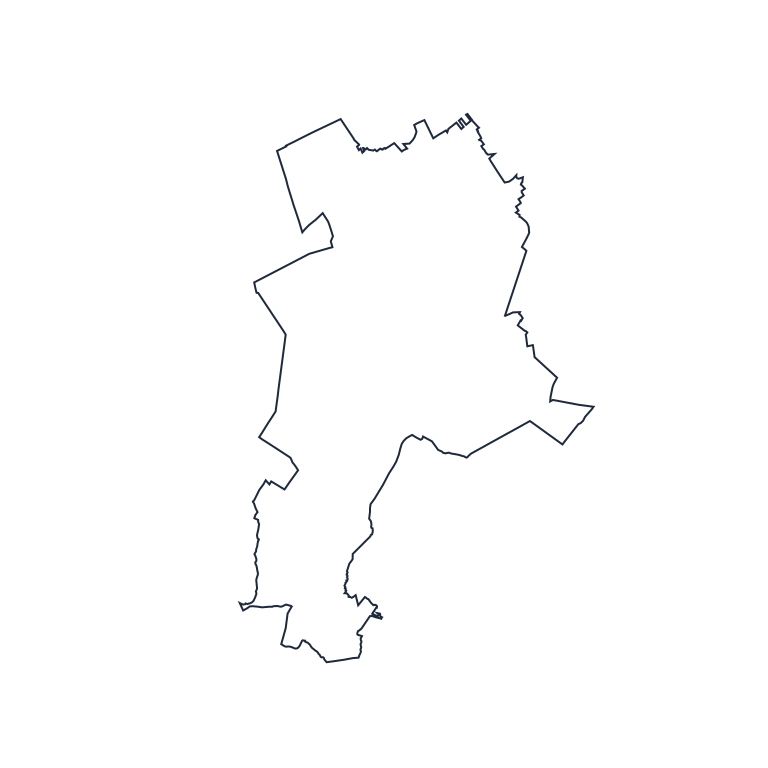 outline of Tolcayuca, Hidalgo, Mexico, rotated 206°
{"feature_id": "50627088B94352894601909", "entity_name": "Tolcayuca", "entity_type": "district", "adm_level": 2, "iso_a3": "MEX", "parent_name": "Mexico", "parent_adm1": "Hidalgo", "projection": "robinson", "projection_center": [-98.927, 19.964], "detail": "fine", "context": "isolated", "style": "outline", "palette": "slate", "viewbox_px": 768, "rotation_deg": 206, "n_neighbors": 0, "source": "geoboundaries", "source_scale": "gbopen_adm2", "svg_char_len": 6142}
<svg xmlns="http://www.w3.org/2000/svg" viewBox="0 0 768 768"><g transform="rotate(206 384 384)"><path d="M420.8,660.0L427.4,663.3L428.3,662.0L421.4,658.6L423.8,653.0L430.9,656.5L432.1,653.5L425.1,650.0L426.3,647.1L433.5,650.7L437.9,641.6L437.5,637.9L439.5,639.0L444.1,632.1L447.4,626.4L463.4,638.9L467.2,634.4L469.1,632.0L470.4,630.0L465.5,625.2L465.1,623.2L464.7,619.2L465.1,615.8L466.4,611.3L471.8,608.2L466.4,605.7L468.7,603.1L469.9,600.8L480.4,605.0L484.0,599.0L485.9,596.0L486.6,596.5L487.2,596.1L487.8,595.1L487.8,594.7L488.0,594.1L488.5,593.8L489.4,593.9L489.7,593.8L490.0,594.0L490.3,594.0L490.6,593.9L491.8,591.3L492.1,590.8L492.4,590.1L493.2,590.1L495.0,590.7L496.0,589.1L500.5,587.8L502.7,588.6L503.2,586.8L506.0,587.1L506.3,586.9L503.9,584.7L504.8,582.4L508.1,585.3L508.3,585.4L509.1,583.2L512.3,585.5L511.2,588.1L511.3,588.3L518.2,590.5L518.7,591.2L539.1,603.1L557.8,579.7L566.1,568.9L570.5,563.0L576.6,555.2L576.0,554.7L582.3,546.6L561.8,525.1L557.0,519.4L543.8,505.3L531.8,493.1L523.9,484.5L523.0,488.1L521.0,494.1L518.6,499.2L517.6,501.1L514.0,510.7L505.5,505.5L503.2,503.4L497.6,497.6L494.6,494.3L494.4,489.0L490.3,484.3L492.5,482.5L508.3,468.2L545.2,418.4L541.8,414.0L538.9,410.5L538.5,410.1L537.0,410.7L497.3,387.4L494.0,385.3L476.7,333.5L474.5,327.3L469.4,311.8L470.3,303.8L471.1,297.8L472.3,286.1L472.9,281.5L469.1,280.8L461.8,280.0L436.9,276.9L435.4,276.5L431.6,273.2L430.3,272.7L427.2,271.1L423.4,268.8L426.1,252.9L427.1,245.9L427.2,245.6L442.7,247.0L443.0,243.5L448.1,245.6L448.4,240.9L449.6,234.2L449.7,223.1L449.8,222.4L450.3,220.9L450.1,220.6L448.5,219.7L445.0,216.1L441.5,213.4L442.2,209.7L441.7,206.5L437.6,206.7L436.4,204.6L435.0,203.5L434.5,202.5L434.4,201.8L433.4,198.8L431.9,192.5L430.9,191.0L429.8,189.7L428.4,189.5L428.2,188.9L428.4,187.7L428.0,186.2L426.8,182.5L426.3,179.0L425.6,177.4L425.9,175.1L425.8,174.2L424.7,173.5L422.4,171.2L421.5,169.9L421.2,168.6L421.5,167.3L420.6,165.9L419.5,165.2L418.3,163.9L416.9,162.0L415.6,160.1L414.5,159.0L413.7,156.8L413.5,154.6L412.8,151.5L411.7,149.9L408.4,144.5L408.2,141.4L407.4,140.5L406.7,139.4L406.3,136.0L406.2,132.0L406.9,129.9L408.2,128.2L409.3,127.4L410.1,126.4L412.2,126.1L412.3,125.2L413.6,124.2L414.5,123.9L417.6,123.9L411.3,118.7L408.7,122.4L407.2,125.2L404.9,126.6L400.2,128.4L395.7,129.8L391.7,132.2L388.8,133.9L386.9,134.7L385.8,136.0L384.3,136.7L382.6,137.7L379.3,138.5L377.9,139.6L376.4,141.6L375.4,142.8L370.2,143.8L369.4,143.6L370.0,135.4L365.3,121.4L362.3,105.1L358.3,104.7L356.8,105.0L354.5,106.4L353.3,106.7L352.1,107.0L348.7,107.2L347.3,107.5L345.9,108.7L345.2,110.7L345.0,112.1L345.1,117.1L344.6,118.1L343.6,118.2L342.4,118.7L341.9,117.9L340.8,117.8L339.3,118.1L336.6,117.3L335.3,116.6L334.5,116.0L333.0,115.3L329.2,114.4L326.9,114.1L325.4,113.5L324.8,112.9L323.0,112.3L322.3,111.9L321.7,111.3L320.9,110.9L320.0,111.1L319.1,111.7L317.9,111.4L317.1,110.5L316.1,109.9L313.6,108.8L308.8,112.0L299.4,118.4L291.8,124.0L287.0,126.8L287.0,128.4L287.3,129.7L287.2,131.2L287.3,132.7L287.8,134.1L288.4,134.4L288.8,135.2L288.9,136.0L288.9,136.9L289.5,138.1L290.3,138.8L290.8,139.5L291.1,140.3L291.1,141.8L291.5,142.9L292.4,143.5L293.4,144.9L293.5,145.7L293.3,146.5L293.3,147.8L295.2,147.5L297.2,147.1L298.1,147.2L298.6,148.0L298.9,149.1L299.0,150.1L298.9,150.8L298.5,151.2L297.8,152.4L297.6,153.3L297.1,153.9L294.9,169.2L292.9,170.3L289.2,170.7L285.1,171.6L283.5,171.8L283.5,172.4L283.9,173.1L283.7,173.5L285.1,173.6L286.3,174.2L286.3,175.0L286.9,175.8L289.7,175.1L286.9,174.1L288.1,172.4L293.9,172.3L292.8,180.3L292.5,180.2L292.6,180.7L293.0,181.3L294.0,181.7L295.0,181.7L295.7,181.3L296.6,180.5L297.6,181.0L299.0,181.3L301.8,182.7L303.1,183.5L303.8,183.8L304.9,183.6L306.3,184.0L307.8,184.2L310.2,173.8L316.9,181.8L317.7,180.2L319.0,178.0L319.4,177.7L321.0,177.8L322.1,177.2L322.6,177.2L322.7,178.2L322.9,178.4L325.5,179.5L326.3,179.2L327.6,178.7L327.2,180.5L327.5,180.8L327.4,181.7L328.3,181.9L328.5,183.0L329.5,183.2L329.3,183.8L329.6,184.4L330.1,184.4L330.4,184.9L331.1,185.3L331.1,187.9L331.5,188.3L330.9,190.4L331.6,190.9L330.9,191.4L331.3,193.1L332.6,194.1L332.6,195.4L333.4,196.2L334.0,196.2L334.2,196.8L334.0,198.5L335.2,199.3L336.4,207.4L335.8,210.1L335.4,212.8L337.6,217.5L329.5,241.0L329.7,242.5L328.8,243.6L329.3,245.8L329.7,247.1L331.0,249.3L331.8,249.2L332.5,249.3L333.0,250.2L333.6,252.0L334.8,253.9L335.9,255.1L338.3,256.4L340.6,263.1L342.0,265.9L343.4,270.0L342.2,276.7L340.7,292.9L340.3,306.2L339.4,313.3L339.0,319.3L339.7,327.0L341.0,332.9L341.8,337.9L341.4,341.4L340.1,345.2L337.9,348.5L336.3,350.6L333.5,350.2L326.7,349.9L325.6,351.5L325.9,353.9L315.8,353.5L306.4,348.5L302.5,348.7L300.8,348.1L298.4,348.6L296.5,350.1L295.6,350.7L293.1,351.0L287.3,352.7L283.6,353.5L282.5,353.5L280.2,354.1L279.8,354.1L279.3,353.9L277.5,354.0L277.2,354.4L276.7,355.7L276.4,356.8L275.3,359.5L236.6,414.7L197.1,407.9L196.7,410.2L191.7,433.2L190.1,435.0L188.9,438.4L188.9,442.5L186.2,452.3L185.7,455.4L199.8,450.7L225.2,443.7L227.0,441.2L228.6,445.3L231.1,454.9L231.3,456.5L231.5,458.9L231.2,465.5L259.5,473.9L260.3,474.0L266.8,483.6L267.3,484.2L271.7,480.7L276.6,488.2L278.2,490.4L277.8,493.2L280.1,493.8L280.8,493.5L289.5,495.3L289.1,500.9L288.5,500.8L288.2,504.0L291.0,505.7L293.3,506.3L293.3,508.2L299.3,505.0L304.8,498.5L305.2,498.4L314.4,566.1L316.2,566.7L320.1,567.6L319.7,577.1L319.7,582.2L320.0,584.1L320.4,584.5L323.0,588.9L325.4,590.9L326.8,591.8L328.3,592.3L333.7,593.8L335.6,593.7L336.2,595.4L340.6,595.9L339.1,598.8L343.1,601.3L340.4,606.5L340.8,607.1L344.1,609.1L342.5,611.8L341.1,614.7L344.3,616.7L344.9,617.9L343.0,621.3L347.1,623.0L348.4,623.2L348.6,624.2L348.5,625.4L348.2,625.7L348.1,625.9L349.8,630.7L352.3,628.1L353.2,627.4L354.4,627.3L355.4,627.7L356.1,628.6L356.6,629.7L358.0,624.9L360.1,621.0L361.7,619.6L363.9,618.0L373.6,623.7L385.6,631.0L388.2,632.8L385.5,639.2L391.1,635.7L393.0,636.3L393.1,636.2L395.0,637.4L396.0,638.1L396.9,638.6L397.7,638.6L399.0,639.4L400.8,640.5L399.3,643.2L401.3,644.3L403.2,645.2L405.3,645.2L406.0,644.3L404.3,647.4L406.0,648.9L409.8,651.4L409.7,651.5L410.9,652.4L410.7,652.7L412.2,653.5L411.0,656.0L412.5,656.4L420.9,659.7L420.8,660.0Z" fill="none" stroke="#1e293b" stroke-width="2"/></g></svg>